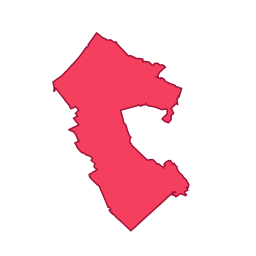 Forasti, Suceava, Romania, rotated 165°
{"feature_id": "2599482B48678951772867", "entity_name": "Forasti", "entity_type": "district", "adm_level": 2, "iso_a3": "ROU", "parent_name": "Romania", "parent_adm1": "Suceava", "projection": "mercator", "projection_center": [26.455, 47.372], "detail": "fine", "context": "isolated", "style": "filled", "palette": "rose", "viewbox_px": 256, "rotation_deg": 165, "n_neighbors": 0, "source": "geoboundaries", "source_scale": "gbopen_adm2", "svg_char_len": 5641}
<svg xmlns="http://www.w3.org/2000/svg" viewBox="0 0 256 256"><g transform="rotate(165 128 128)"><path d="M133.8,228.0L142.2,221.0L144.9,218.8L144.4,218.1L145.2,217.4L145.5,217.2L147.3,216.9L155.3,210.3L157.4,208.7L164.5,204.1L167.3,202.5L168.3,201.7L172.0,199.4L178.5,195.6L179.3,195.2L181.9,194.3L184.2,193.5L187.1,192.3L188.5,191.9L188.7,190.0L188.6,189.0L188.6,187.9L188.8,186.8L189.2,185.1L189.9,183.3L190.0,182.8L190.0,182.7L189.4,182.7L187.9,184.5L187.5,185.1L187.1,184.2L187.0,183.8L186.4,182.7L185.9,181.4L185.6,180.6L183.7,176.4L182.7,173.8L182.5,173.5L181.6,171.1L181.5,170.8L181.5,170.6L179.9,167.4L179.7,166.7L179.0,165.2L178.7,164.2L178.8,163.6L178.6,162.6L178.1,161.4L176.8,161.5L175.0,161.7L173.7,162.0L172.8,162.3L171.1,157.9L175.0,155.7L173.6,152.4L174.4,152.4L178.0,151.5L176.6,148.0L175.3,145.2L174.7,143.7L178.2,143.0L179.5,142.9L185.4,141.7L184.7,140.6L182.6,139.3L181.3,138.1L181.1,137.7L180.0,134.6L179.9,134.0L179.7,133.0L179.7,132.2L179.5,130.3L179.0,128.9L178.7,128.0L179.6,127.8L179.6,128.0L183.2,127.2L182.7,125.7L182.4,124.3L182.2,122.8L181.4,120.5L180.8,119.4L180.5,118.6L179.9,117.6L179.2,116.5L178.6,115.9L177.4,115.3L176.3,114.2L175.3,112.8L175.1,112.6L174.9,112.6L174.7,112.4L174.2,112.1L173.8,112.3L173.6,112.2L173.5,111.6L173.2,111.5L172.9,111.1L172.0,110.6L171.8,110.4L171.2,109.8L170.4,108.9L170.6,108.1L170.5,107.7L172.0,106.4L171.7,105.6L171.0,105.1L170.1,103.7L169.1,102.3L169.1,102.2L169.3,101.7L170.0,100.9L170.5,100.2L170.7,99.8L170.8,99.6L170.4,98.3L170.1,97.7L169.7,97.5L169.2,96.8L168.9,96.7L168.6,96.1L169.3,95.5L170.7,95.2L171.9,94.7L172.9,94.7L174.5,93.9L175.9,93.5L177.3,93.3L177.6,93.0L177.7,91.7L177.7,90.6L177.2,89.6L176.7,88.6L174.9,85.4L172.3,81.0L171.1,79.7L170.8,79.0L170.7,78.3L170.7,77.4L170.3,75.9L168.4,62.1L167.9,58.5L167.8,56.6L166.7,56.3L166.3,55.6L166.0,55.3L166.0,54.5L165.9,53.7L167.4,53.6L167.3,53.0L167.2,52.5L166.8,51.9L166.7,51.6L166.3,51.1L165.9,51.1L165.7,50.9L165.7,50.7L165.9,50.5L166.0,50.1L165.7,49.8L165.4,49.7L165.1,49.8L164.9,49.4L165.1,48.9L164.9,48.7L164.7,48.9L164.5,48.7L162.8,45.7L162.2,44.3L161.7,43.7L161.2,43.0L160.6,42.1L160.5,41.7L160.4,41.5L159.9,41.3L159.8,41.2L159.7,40.8L159.5,40.7L159.4,40.5L159.4,40.1L159.1,39.6L158.7,39.3L151.8,28.0L148.1,29.9L147.2,30.3L140.3,34.0L135.7,36.3L134.5,37.0L133.8,37.3L120.8,44.0L113.1,47.9L111.5,48.8L109.4,49.9L107.9,50.8L100.7,54.3L100.3,54.7L100.2,54.7L99.8,54.5L99.2,54.1L98.7,53.9L98.8,53.6L99.4,53.6L100.3,54.0L102.0,53.2L102.7,52.7L102.9,52.5L102.9,52.4L102.1,51.7L101.1,51.2L100.2,50.5L99.9,50.1L99.6,49.6L99.5,49.1L98.7,49.5L98.0,49.8L97.5,49.8L96.9,50.0L95.2,50.9L94.7,51.0L93.9,50.7L93.7,50.4L93.2,50.4L92.1,49.4L91.0,48.7L90.1,47.8L88.8,48.4L90.2,51.1L89.9,51.9L86.9,52.3L86.3,52.5L86.4,53.4L86.4,54.1L86.5,54.5L87.0,55.5L86.8,55.6L85.9,54.5L84.8,55.4L84.5,56.4L84.0,57.2L84.2,58.1L84.5,58.5L84.2,58.8L84.2,59.1L85.0,61.4L85.1,62.9L85.3,63.2L86.2,64.3L86.4,64.9L86.5,65.2L87.1,65.7L87.1,65.8L87.2,66.2L87.7,67.2L87.6,67.9L87.6,68.0L88.1,68.5L88.6,69.3L88.7,69.6L88.9,69.8L89.3,70.6L89.8,71.4L90.8,73.9L90.8,74.2L91.0,74.7L90.9,75.3L91.1,76.0L91.2,76.3L91.1,76.7L90.9,77.6L90.8,77.8L91.8,79.5L92.2,80.5L92.7,81.6L92.7,81.8L93.9,81.1L95.0,84.4L95.5,85.5L96.2,85.6L96.6,85.9L97.2,86.0L98.5,85.7L99.8,85.5L102.7,83.5L101.8,82.2L103.9,80.8L103.9,80.6L108.0,85.7L108.3,85.7L108.9,85.4L109.1,85.5L109.8,86.9L111.1,89.5L111.7,90.2L112.1,90.9L112.5,91.0L113.5,91.4L114.7,91.7L115.1,91.7L115.6,91.8L116.2,91.7L116.7,91.8L117.3,91.6L119.6,95.1L123.4,101.3L128.8,110.3L129.0,112.0L129.6,112.6L129.8,113.8L129.5,114.9L129.2,115.9L128.9,117.0L128.8,117.4L128.4,117.8L127.6,118.1L128.6,120.4L129.1,124.0L129.2,126.0L129.2,129.9L129.3,130.6L129.5,131.8L129.9,132.7L130.4,133.5L130.6,133.9L130.8,135.3L130.6,136.3L130.5,138.7L130.5,141.6L130.7,147.1L112.6,147.2L112.1,147.8L111.7,147.6L111.0,146.7L110.3,146.0L110.0,145.9L109.8,145.9L109.1,146.5L108.1,146.5L108.1,146.3L107.6,146.2L105.4,146.1L105.1,146.0L104.7,146.9L104.5,147.0L104.4,146.0L104.1,145.7L102.6,144.2L102.1,143.9L101.8,143.7L100.8,143.4L96.5,141.3L94.8,140.2L90.7,137.0L89.8,136.9L87.9,136.6L85.7,136.5L85.6,136.2L85.7,134.1L86.6,131.5L92.1,128.4L92.7,127.9L92.3,127.1L91.5,125.8L91.1,125.4L90.5,124.9L90.3,124.9L89.5,123.8L88.8,123.4L88.2,123.1L87.6,122.6L86.5,123.2L84.2,125.0L83.7,126.6L83.2,128.5L82.9,129.0L80.2,130.3L80.1,130.6L80.6,132.9L81.0,135.3L81.3,135.9L74.8,139.2L74.2,138.3L74.1,137.9L73.9,137.9L73.8,138.0L73.8,138.3L73.9,138.7L73.9,139.0L73.6,140.8L73.2,142.8L73.1,143.6L72.2,143.7L70.9,145.8L70.5,145.1L66.0,152.2L66.3,152.6L67.2,153.0L67.9,153.6L68.5,153.9L69.3,154.7L70.0,154.9L70.6,155.2L71.2,155.8L71.4,156.2L71.5,157.0L76.4,160.4L80.0,163.5L80.2,165.1L80.4,165.6L82.6,167.8L83.1,168.0L83.7,168.0L83.8,167.2L83.6,166.7L87.1,169.9L85.8,169.9L85.6,169.9L85.4,171.0L83.3,173.5L76.2,177.2L76.6,177.9L77.6,179.3L78.2,179.9L78.6,180.1L78.9,180.2L80.2,180.3L81.2,180.8L81.6,181.5L82.0,182.1L82.3,182.5L82.9,182.9L83.8,183.3L85.0,183.4L85.6,183.3L86.3,183.0L87.3,182.2L87.8,182.2L88.3,182.5L88.6,182.8L88.9,183.3L89.2,183.9L90.3,185.8L90.8,186.3L91.4,186.7L92.4,187.0L93.5,187.5L94.0,187.8L94.7,188.0L95.2,187.9L95.7,187.5L96.1,187.7L96.4,188.4L95.8,190.1L96.0,190.4L96.4,191.0L99.1,192.2L99.7,192.4L100.6,192.5L102.1,193.0L102.5,193.4L102.9,193.9L103.1,194.2L105.7,196.4L106.7,197.0L107.4,197.3L108.9,197.5L116.9,212.2L117.0,213.7L117.2,214.0L117.3,214.1L117.8,214.1L118.0,214.5L119.2,214.8L119.8,215.1L120.9,216.3L121.2,216.8L121.9,217.5L122.5,217.7L124.2,218.0L124.8,218.2L125.5,218.5L125.9,218.8L126.5,219.4L126.7,219.9L129.8,222.5L130.2,222.9L130.3,223.5L133.8,228.0Z" fill="#f43f5e" stroke="#9f1239" stroke-width="1.5"/></g></svg>